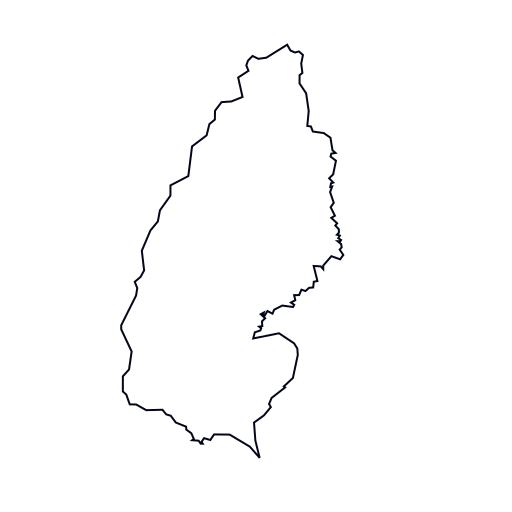 Na Chaluai, Ubon Ratchathani, Thailand (Albers equal-area conic projection), rotated 214°
{"feature_id": "78962969B92270071826227", "entity_name": "Na Chaluai", "entity_type": "district", "adm_level": 2, "iso_a3": "THA", "parent_name": "Thailand", "parent_adm1": "Ubon Ratchathani", "projection": "albers", "projection_center": [105.182, 14.552], "detail": "medium", "context": "isolated", "style": "outline", "palette": "ink", "viewbox_px": 512, "rotation_deg": 214, "n_neighbors": 0, "source": "geoboundaries", "source_scale": "gbopen_adm2", "svg_char_len": 1939}
<svg xmlns="http://www.w3.org/2000/svg" viewBox="0 0 512 512"><g transform="rotate(214 256 256)"><path d="M299.1,81.8L290.6,69.2L286.1,68.6L277.7,62.4L272.3,65.9L260.8,66.8L247.6,76.2L241.9,74.5L237.3,75.9L229.4,73.1L218.5,75.4L216.7,73.1L210.5,72.9L205.3,69.6L205.9,67.6L200.3,70.8L196.9,69.5L195.2,70.6L197.2,71.5L197.2,75.9L191.0,77.9L191.0,84.6L178.0,93.2L154.6,94.5L140.1,90.7L153.3,102.6L164.5,116.8L160.3,128.3L159.2,139.0L162.4,140.6L163.7,147.0L158.4,163.3L160.0,163.4L157.2,175.5L166.0,197.3L170.0,202.4L175.6,204.9L193.7,204.8L212.2,186.1L214.3,192.1L210.8,196.6L211.3,199.0L213.9,199.2L211.6,201.4L214.5,205.2L213.6,209.5L219.5,210.4L217.9,213.5L217.2,210.8L215.5,211.3L215.7,216.8L210.1,217.4L210.9,221.7L206.5,229.6L196.8,234.4L197.0,236.9L201.0,236.9L198.7,241.3L202.5,244.9L198.4,247.7L199.5,253.5L195.4,254.6L194.2,259.3L191.0,261.9L193.7,267.0L191.1,269.6L202.6,280.0L196.5,283.6L192.9,282.7L194.9,285.7L193.4,298.0L184.4,300.3L184.2,305.7L190.2,308.1L189.8,311.1L192.1,313.5L196.6,313.9L194.4,315.4L194.4,316.8L197.8,316.8L197.9,319.8L200.8,318.9L200.3,321.7L202.3,324.5L207.3,325.6L207.0,328.5L214.9,329.7L213.1,333.5L221.4,338.2L221.3,343.6L230.3,350.4L231.7,356.2L233.0,354.8L234.5,358.2L233.0,360.1L238.8,361.3L237.7,366.9L243.0,379.7L249.8,380.1L250.8,383.0L247.7,385.9L251.7,386.4L260.4,395.7L268.6,395.8L278.5,391.0L282.9,394.1L286.2,392.5L293.4,405.7L305.4,418.9L316.4,423.4L321.0,430.3L319.9,433.7L326.1,440.8L329.5,448.9L334.8,449.6L337.5,446.5L342.3,445.6L348.3,448.6L358.3,426.2L364.3,420.8L370.7,419.9L371.9,413.4L370.6,408.6L365.8,405.3L370.6,394.0L356.1,380.3L362.9,370.3L370.6,364.3L371.2,353.5L366.4,346.1L368.4,339.3L364.4,328.4L370.3,311.1L356.8,284.4L366.4,266.7L360.7,258.2L361.2,240.2L356.7,229.8L357.8,218.1L353.6,196.5L340.7,181.5L340.0,174.1L342.1,166.8L336.5,163.0L333.3,156.1L329.0,123.2L326.7,119.8L305.7,107.3L297.8,90.9L299.1,81.8Z" fill="none" stroke="#020617" stroke-width="2"/></g></svg>